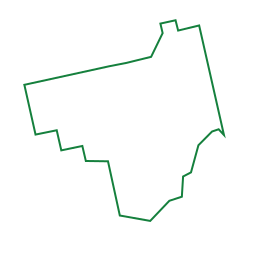 Scott, Indiana, United States of America, rotated 168°
{"feature_id": "52423323B28319824001651", "entity_name": "Scott", "entity_type": "district", "adm_level": 2, "iso_a3": "USA", "parent_name": "United States of America", "parent_adm1": "Indiana", "projection": "robinson", "projection_center": [-85.762, 38.697], "detail": "fine", "context": "isolated", "style": "outline", "palette": "green", "viewbox_px": 256, "rotation_deg": 168, "n_neighbors": 0, "source": "geoboundaries", "source_scale": "gbopen_adm2", "svg_char_len": 468}
<svg xmlns="http://www.w3.org/2000/svg" viewBox="0 0 256 256"><g transform="rotate(168 128 128)"><path d="M35.6,101.2L37.1,213.5L58.7,212.9L59.1,223.5L74.6,223.4L74.4,213.6L90.6,192.8L106.8,192.3L115.9,192.0L133.5,192.3L220.4,191.8L219.8,140.8L198.2,140.6L197.9,120.0L176.4,119.9L176.1,104.5L154.5,99.6L154.2,44.1L125.6,32.5L102.7,48.2L89.6,49.6L84.2,69.1L75.6,71.5L62.7,96.5L46.5,107.1L39.6,107.9L35.6,101.2Z" fill="none" stroke="#15803d" stroke-width="2"/></g></svg>